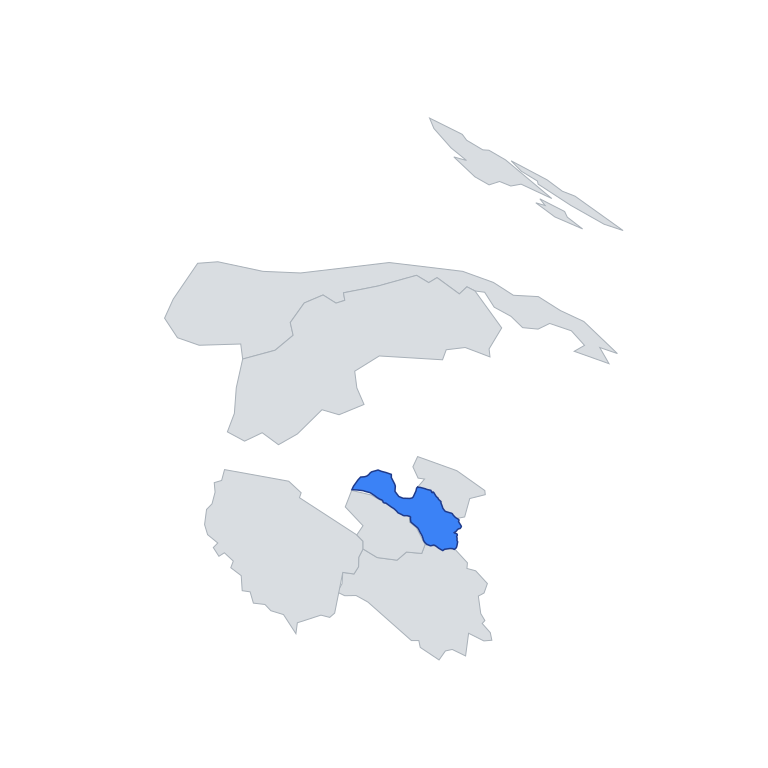 Latvia highlighted, Equal Earth projection, rotated 31°
{"feature_id": "LVA", "entity_name": "Latvia", "entity_type": "country or territory", "adm_level": 0, "iso_a3": "LVA", "parent_name": "Europe", "parent_adm1": "", "projection": "equal_earth", "projection_center": [25.364, 56.865], "detail": "fine", "context": "with_neighbors", "style": "filled", "palette": "blue", "viewbox_px": 768, "rotation_deg": 31, "n_neighbors": 6, "source": "natural_earth", "source_scale": "50m", "svg_char_len": 4865}
<svg xmlns="http://www.w3.org/2000/svg" viewBox="0 0 768 768"><g transform="rotate(31 384 384)"><path d="M348.1,132.4L353.5,129.6L372.8,129.3L432.3,138.6L398.6,142.1L390.7,149.0L378.7,150.9L371.5,159.2L355.2,159.6L326.9,153.4L339.6,149.9L319.9,147.1L295.2,139.3L286.1,132.6L322.5,129.7L329.3,132.5L348.1,132.4ZM566.4,250.7L530.2,258.0L536.0,247.6L517.2,241.9L494.8,246.8L487.8,257.6L473.8,264.3L458.1,260.6L438.9,261.4L423.0,253.5L414.1,257.4L405.0,258.0L402.2,268.0L374.7,265.5L370.1,274.1L355.9,274.1L328.4,303.1L302.3,326.7L307.3,332.5L301.2,339.4L285.9,339.1L273.9,355.6L272.0,379.6L281.0,389.0L273.3,411.1L250.0,435.4L240.6,423.5L205.6,446.0L183.1,450.7L162.0,440.6L159.6,419.8L162.1,376.5L178.6,364.8L222.2,349.8L255.3,331.8L325.9,277.2L393.4,246.9L425.5,240.6L449.2,241.3L471.3,229.6L497.4,230.2L523.1,227.5L568.4,237.7L550.1,241.6L566.4,250.7ZM509.9,129.3L490.4,133.7L452.1,134.7L413.2,133.3L411.0,131.0L392.1,130.9L378.0,127.2L418.7,125.0L437.6,126.9L451.0,124.6L509.9,129.3ZM474.4,148.8L444.4,152.8L420.8,150.5L430.2,148.0L422.2,145.0L450.0,143.1L455.2,146.6L474.4,148.8Z" fill="#d9dde1" stroke="#a8b0b8" stroke-width="1"/><path d="M250.0,435.4L273.3,411.1L281.0,389.0L272.0,379.6L273.9,355.6L285.9,339.1L301.2,339.4L307.3,332.5L302.3,326.7L328.4,303.1L355.9,274.1L370.1,274.1L374.7,265.5L402.2,268.0L405.0,258.0L414.1,257.4L456.0,275.3L456.0,299.8L460.9,306.2L434.8,310.9L419.7,322.6L421.7,333.1L365.5,362.4L352.3,388.1L362.7,401.3L377.4,411.8L361.3,433.5L344.1,438.0L335.5,471.4L324.8,490.4L304.7,488.5L293.9,504.8L274.4,505.7L270.9,486.3L259.3,463.3L250.0,435.4Z" fill="#d9dde1" stroke="#a8b0b8" stroke-width="1"/><path d="M529.9,489.1L547.6,494.3L550.1,499.4L558.8,496.9L575.4,501.8L577.4,511.6L574.1,517.2L585.2,531.0L592.3,534.8L591.5,538.7L603.2,542.4L608.4,548.1L601.9,552.8L584.9,554.1L594.0,575.1L579.2,576.4L574.1,581.2L573.3,592.2L550.7,591.1L546.0,586.0L539.6,589.8L482.4,579.2L469.0,579.7L459.4,585.7L451.1,586.5L450.9,576.8L445.7,566.7L456.1,562.3L456.3,553.7L451.6,545.6L451.0,536.2L467.5,536.3L485.9,528.3L489.8,516.5L503.6,509.8L501.9,500.5L529.9,489.1Z" fill="#d9dde1" stroke="#a8b0b8" stroke-width="1"/><path d="M451.0,536.2L451.6,545.6L456.3,553.7L456.1,562.3L445.7,566.7L459.7,605.8L457.7,612.0L449.0,614.6L432.7,633.3L437.1,643.4L416.6,633.4L403.8,636.6L395.5,634.3L384.9,639.1L376.3,631.1L368.9,634.2L360.3,621.8L347.3,620.4L346.0,613.4L334.1,610.9L331.2,616.7L321.9,612.1L323.4,605.9L310.4,604.0L302.6,596.9L296.5,582.9L298.3,575.3L294.9,563.7L289.3,556.0L294.5,550.3L291.4,539.5L352.4,516.4L369.0,519.9L370.1,525.0L438.4,527.4L447.0,529.6L451.0,536.2Z" fill="#d9dde1" stroke="#a8b0b8" stroke-width="1"/><path d="M501.9,500.5L503.6,509.8L489.8,516.5L485.9,528.3L467.5,536.3L451.0,536.2L447.0,529.6L438.4,527.4L439.0,516.3L414.1,509.3L411.1,491.9L430.3,485.7L474.6,485.0L476.9,489.2L485.8,490.5L501.9,500.5Z" fill="#d9dde1" stroke="#a8b0b8" stroke-width="1"/><path d="M525.3,423.4L527.8,426.7L516.5,438.0L521.6,456.4L514.7,462.7L501.1,462.6L479.7,452.8L465.7,456.3L467.7,444.6L461.7,447.1L451.4,440.1L450.2,428.9L491.1,420.8L525.3,423.4Z" fill="#d9dde1" stroke="#a8b0b8" stroke-width="1"/><path d="M503.6,499.4L502.7,499.3L500.4,498.7L498.4,497.7L497.1,496.4L495.1,494.7L493.7,493.8L491.6,492.7L488.0,490.4L486.7,489.9L480.4,488.9L478.1,488.5L476.0,485.9L475.3,484.4L474.3,484.2L473.2,484.5L471.9,484.8L469.1,486.5L468.2,486.8L466.4,486.8L462.3,487.2L460.4,486.5L457.2,485.8L455.4,485.7L453.8,485.7L446.9,485.1L445.6,485.8L444.4,485.9L443.1,484.8L441.6,484.5L439.9,484.9L436.8,484.9L433.1,484.5L428.4,484.3L427.7,484.4L422.5,485.9L421.2,486.1L415.5,488.7L410.9,491.1L410.5,487.3L411.1,479.6L411.9,475.8L415.0,473.6L416.6,471.9L417.6,469.6L417.9,467.5L418.6,465.7L423.2,460.8L426.7,460.2L431.5,458.8L436.8,457.7L437.8,459.2L438.3,460.3L444.7,464.3L446.3,465.7L448.7,470.4L454.6,472.8L459.3,472.1L461.3,470.9L465.1,468.8L466.8,467.2L467.2,465.7L466.5,459.3L465.6,456.5L465.9,454.8L466.6,454.9L468.2,454.0L473.4,452.5L474.4,452.4L475.6,452.1L478.9,451.0L479.9,451.6L480.8,452.3L481.3,452.3L481.5,452.0L481.4,451.6L481.7,451.3L482.6,451.4L486.4,453.4L487.9,453.8L488.9,453.9L490.1,454.8L493.3,455.4L493.7,455.9L493.9,456.5L497.0,458.9L498.4,460.2L501.1,461.3L502.2,461.6L507.0,460.4L508.3,460.0L509.4,460.0L510.5,460.6L513.0,461.4L515.3,461.7L515.7,461.6L517.7,461.7L518.4,462.0L518.8,463.6L521.1,464.8L523.1,465.8L523.7,466.3L523.8,467.2L523.7,468.3L523.5,468.9L522.6,469.5L521.9,471.1L521.8,472.7L520.7,475.3L521.0,475.4L523.5,474.9L524.2,475.2L524.7,475.8L524.9,477.5L525.8,478.2L526.6,479.4L526.9,480.3L528.5,481.4L528.7,482.1L529.7,484.7L530.1,486.1L530.3,487.2L529.8,488.7L529.4,489.6L528.9,489.6L527.5,489.8L525.3,491.0L521.9,493.8L521.1,494.4L520.2,496.5L518.1,496.6L517.5,496.6L515.5,496.6L511.2,496.1L509.6,496.4L507.4,498.6L506.6,498.9L504.0,499.2L503.6,499.4Z" fill="#3b82f6" stroke="#1e3a8a" stroke-width="1.5"/></g></svg>